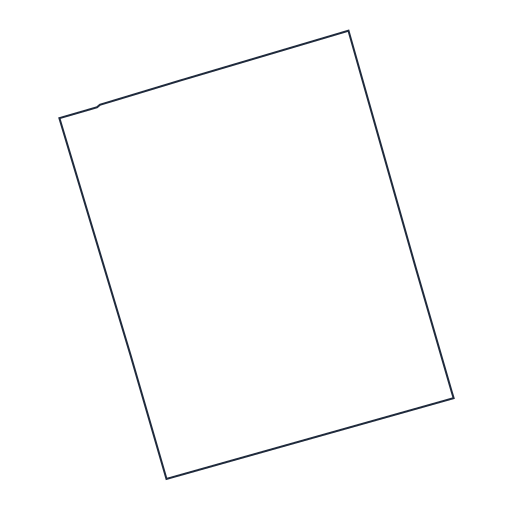 Adair, Missouri, United States of America (Albers equal-area conic projection), rotated 254°
{"feature_id": "52423323B5139201807141", "entity_name": "Adair", "entity_type": "district", "adm_level": 2, "iso_a3": "USA", "parent_name": "United States of America", "parent_adm1": "Missouri", "projection": "albers", "projection_center": [-92.557, 40.192], "detail": "fine", "context": "isolated", "style": "outline", "palette": "slate", "viewbox_px": 512, "rotation_deg": 254, "n_neighbors": 0, "source": "geoboundaries", "source_scale": "gbopen_adm2", "svg_char_len": 307}
<svg xmlns="http://www.w3.org/2000/svg" viewBox="0 0 512 512"><g transform="rotate(254 256 256)"><path d="M447.1,407.0L445.6,232.5L444.4,147.7L442.8,144.2L442.7,105.0L194.0,108.1L192.0,108.1L66.4,108.5L64.9,406.8L71.5,406.7L201.4,406.3L447.1,407.0Z" fill="none" stroke="#1e293b" stroke-width="2"/></g></svg>